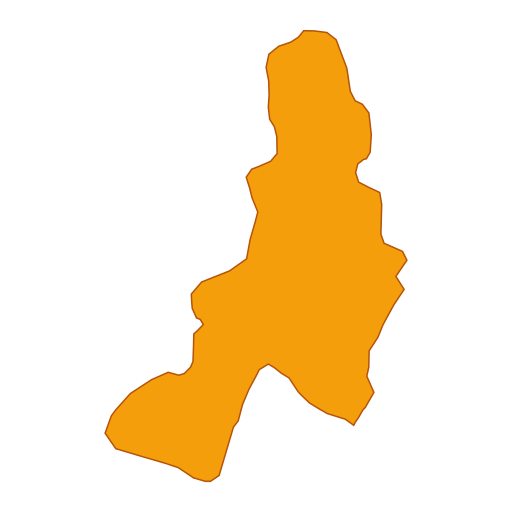 the district of Meme, Sud-Ouest, Cameroon
{"feature_id": "32672807B73139620026087", "entity_name": "Meme", "entity_type": "district", "adm_level": 2, "iso_a3": "CMR", "parent_name": "Cameroon", "parent_adm1": "Sud-Ouest", "projection": "mercator", "projection_center": [9.319, 4.685], "detail": "fine", "context": "isolated", "style": "filled", "palette": "amber", "viewbox_px": 512, "rotation_deg": 0, "n_neighbors": 0, "source": "geoboundaries", "source_scale": "gbopen_adm2", "svg_char_len": 1451}
<svg xmlns="http://www.w3.org/2000/svg" viewBox="0 0 512 512"><path d="M404.1,289.4L395.9,276.4L406.9,260.2L402.5,251.4L384.1,243.3L380.9,234.2L381.7,204.4L379.7,192.5L368.8,187.4L358.7,182.2L355.6,172.7L357.8,163.9L363.6,159.4L366.4,158.8L370.2,152.1L371.3,134.5L368.9,113.0L362.4,104.3L355.1,100.7L350.3,91.3L346.9,68.4L336.1,39.7L326.9,32.5L314.4,30.9L303.7,30.7L298.5,37.1L290.9,42.1L278.8,46.2L268.9,54.2L266.1,67.3L268.7,81.0L269.1,95.5L268.3,107.2L269.7,119.3L274.4,126.8L276.8,136.5L276.9,142.9L277.1,153.6L270.6,161.3L258.4,166.6L251.7,169.2L246.2,177.2L249.7,188.3L250.7,192.4L252.1,197.9L257.8,212.0L255.2,221.9L253.7,227.1L250.1,239.6L246.6,258.8L229.7,270.8L201.6,282.0L191.3,294.1L191.7,301.5L192.2,308.3L196.5,318.0L200.2,319.4L203.3,324.5L197.3,330.8L193.8,333.9L193.5,346.5L193.0,361.5L190.5,367.3L184.3,373.5L178.9,375.2L168.2,372.3L151.7,379.6L146.3,383.1L130.4,393.5L115.8,409.8L111.3,415.9L105.1,433.2L115.8,448.7L142.0,456.5L165.3,463.3L178.2,467.6L191.1,476.2L193.5,477.9L205.3,481.3L210.5,481.3L219.1,475.5L233.4,427.2L238.2,420.9L242.5,404.6L248.9,389.4L256.1,376.0L259.3,369.6L268.3,364.1L274.1,367.5L281.5,373.3L289.0,377.9L298.1,391.7L301.7,395.5L309.5,403.0L319.5,409.1L327.4,413.6L345.3,419.2L353.7,425.3L355.4,422.1L358.6,417.4L362.8,410.1L365.3,407.4L373.9,392.4L366.8,376.2L368.8,367.1L369.1,350.9L377.9,337.3L382.9,325.0L384.7,321.6L393.8,304.9L404.1,289.4Z" fill="#f59e0b" stroke="#b45309" stroke-width="1.5"/></svg>